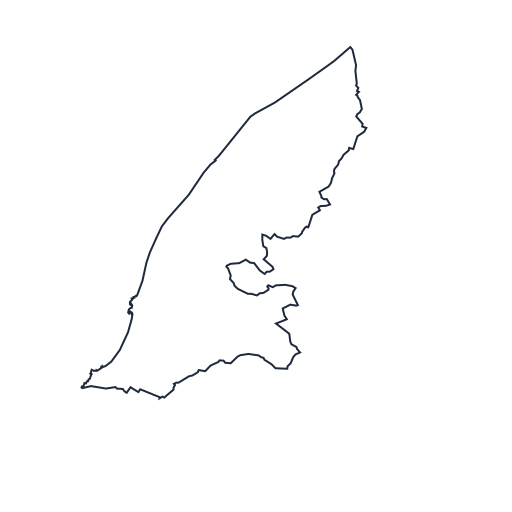 the district of Greystones Lea-6, Wicklow, Ireland, rotated 224°
{"feature_id": "5873133B55746922495286", "entity_name": "Greystones Lea-6", "entity_type": "district", "adm_level": 2, "iso_a3": "IRL", "parent_name": "Ireland", "parent_adm1": "Wicklow", "projection": "mercator", "projection_center": [-6.093, 53.104], "detail": "fine", "context": "isolated", "style": "outline", "palette": "slate", "viewbox_px": 512, "rotation_deg": 224, "n_neighbors": 0, "source": "geoboundaries", "source_scale": "gbopen_adm2", "svg_char_len": 2945}
<svg xmlns="http://www.w3.org/2000/svg" viewBox="0 0 512 512"><g transform="rotate(224 256 256)"><path d="M333.3,471.8L335.3,450.1L340.7,420.8L349.0,379.6L355.7,358.0L356.8,352.2L352.3,302.4L352.4,296.5L351.4,296.6L351.4,295.8L352.3,290.2L351.5,279.3L346.9,253.4L345.5,222.0L344.3,212.0L340.2,199.7L334.8,184.8L330.3,175.3L320.4,159.2L314.3,145.4L314.7,144.0L314.2,143.8L315.5,141.4L314.7,141.2L315.9,139.1L314.7,138.8L314.8,135.5L312.4,134.9L313.5,134.1L312.9,133.6L310.6,134.3L309.4,132.3L310.2,131.4L310.3,129.3L308.8,126.6L307.3,126.4L307.4,127.2L308.5,126.9L308.9,127.9L308.2,128.7L305.6,129.0L304.6,128.4L305.1,127.8L303.7,127.2L301.7,124.5L295.1,112.3L288.7,93.9L286.7,79.5L287.8,72.2L289.0,69.9L289.9,70.0L289.4,69.1L290.3,68.7L289.5,67.6L290.6,63.1L291.5,63.0L291.2,62.4L292.9,60.8L295.2,60.0L293.8,57.4L292.4,56.9L292.9,56.2L292.1,56.2L290.2,51.9L290.7,51.0L289.8,49.2L290.6,48.4L289.8,46.2L291.1,45.4L289.8,42.8L290.6,41.1L290.1,40.2L289.2,40.3L284.3,47.8L271.9,56.4L266.0,64.1L263.9,64.0L259.5,67.8L256.6,67.3L254.0,67.8L255.1,74.4L246.1,76.4L246.7,79.7L227.0,87.6L226.5,86.7L225.6,89.9L223.7,90.4L222.5,102.5L223.8,103.9L224.7,107.0L226.2,107.0L225.4,109.4L223.7,111.2L220.7,122.8L218.7,126.0L217.1,132.0L218.0,134.1L212.5,137.9L212.6,145.6L209.5,153.5L209.7,155.6L206.6,158.2L204.0,157.8L199.7,161.3L199.4,170.7L198.4,173.7L193.5,180.2L185.1,186.3L181.6,186.9L179.9,188.0L177.9,187.2L169.7,188.9L164.0,188.8L155.2,196.6L155.7,197.2L156.7,198.7L156.5,202.7L159.0,209.2L159.2,212.7L157.3,217.2L161.7,217.6L163.7,218.6L169.1,217.1L171.8,218.2L178.1,223.2L194.7,221.3L189.9,231.9L194.2,232.9L200.3,236.8L197.5,244.9L192.6,248.2L191.8,249.8L202.8,253.7L204.5,256.3L205.2,260.4L209.0,259.5L214.9,255.6L221.3,248.7L222.3,245.2L226.8,243.5L226.7,241.9L224.4,241.4L223.6,240.3L225.0,234.6L227.4,231.8L227.9,228.3L233.2,225.5L235.5,223.2L246.0,219.8L250.4,219.6L253.5,221.1L258.7,221.3L260.6,224.4L267.6,227.7L269.9,227.7L270.3,228.7L268.8,232.8L263.1,239.2L260.8,246.3L255.7,247.1L252.4,249.6L243.1,248.2L237.3,249.1L237.3,252.2L235.2,254.3L234.3,258.7L236.7,259.7L248.2,259.0L248.3,263.7L250.9,266.7L254.1,268.9L257.5,268.1L262.7,272.0L266.3,275.8L262.8,277.6L257.5,278.4L257.9,284.6L254.1,284.6L247.7,287.8L246.9,290.4L243.9,293.3L243.2,296.0L239.1,299.3L238.8,304.2L239.6,305.4L240.4,310.4L239.9,312.5L238.5,312.7L238.7,313.8L244.1,324.8L241.8,333.3L244.9,334.1L244.2,336.8L240.3,341.0L238.6,344.5L244.6,346.1L246.5,344.1L249.6,343.5L250.7,344.6L255.0,346.2L252.0,356.4L252.9,360.8L255.2,364.6L257.1,370.1L258.7,370.9L260.0,373.2L260.4,378.8L262.2,381.9L262.2,385.4L263.3,389.6L262.7,396.5L264.1,398.5L260.3,400.5L266.2,412.5L264.5,420.5L265.6,424.8L269.6,422.9L271.0,425.1L280.8,426.0L281.6,428.3L281.1,431.5L282.0,435.3L289.5,440.4L293.0,440.9L294.3,441.7L295.9,441.5L296.0,445.5L297.9,444.8L299.2,448.0L302.5,448.2L303.3,450.1L313.0,458.1L316.6,462.8L329.9,471.4L333.3,471.8Z" fill="none" stroke="#1e293b" stroke-width="2"/></g></svg>